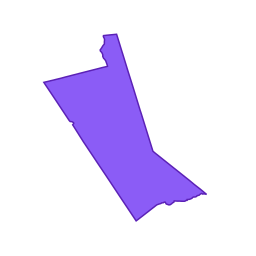 Pastos Bons, Maranhão, Brazil, rotated 285°
{"feature_id": "56859067B22481122312291", "entity_name": "Pastos Bons", "entity_type": "district", "adm_level": 2, "iso_a3": "BRA", "parent_name": "Brazil", "parent_adm1": "Maranhão", "projection": "equal_earth", "projection_center": [-44.164, -6.652], "detail": "fine", "context": "isolated", "style": "filled", "palette": "violet", "viewbox_px": 256, "rotation_deg": 285, "n_neighbors": 0, "source": "geoboundaries", "source_scale": "gbopen_adm2", "svg_char_len": 1545}
<svg xmlns="http://www.w3.org/2000/svg" viewBox="0 0 256 256"><g transform="rotate(285 128 128)"><path d="M84.2,221.1L87.8,213.3L89.3,209.7L90.8,206.2L93.4,200.6L94.8,197.3L110.6,161.1L111.5,159.2L112.0,158.1L145.6,136.9L148.3,135.1L169.2,122.0L183.5,112.9L198.2,103.7L199.9,102.6L201.0,101.9L213.6,94.0L215.6,92.7L212.2,83.7L210.9,80.4L210.0,80.5L209.3,81.0L208.4,81.9L207.3,82.5L204.9,82.9L203.9,83.2L203.0,83.4L202.1,83.0L201.3,82.6L199.8,82.1L199.1,82.0L198.1,81.6L196.9,81.2L196.2,80.9L195.2,81.4L194.4,82.7L193.4,83.8L192.3,84.6L191.4,84.9L190.6,85.1L189.0,86.4L188.4,87.5L187.7,88.4L187.1,89.1L185.1,90.5L183.2,91.8L182.2,92.2L179.6,87.3L177.6,83.8L171.5,72.9L164.3,60.1L163.2,58.2L161.2,54.6L158.8,50.5L150.3,34.9L149.2,36.1L147.8,37.7L147.2,38.4L135.2,52.1L134.3,53.1L128.2,60.0L120.6,68.6L120.0,69.3L119.3,70.4L119.4,71.3L119.6,72.3L119.1,74.0L118.2,74.4L116.8,73.7L103.3,88.3L101.9,89.9L89.7,103.8L87.3,106.5L85.9,108.1L83.9,110.4L83.2,111.2L73.5,122.3L58.3,139.5L40.4,159.9L42.3,161.4L55.1,171.1L61.2,175.7L62.5,177.5L63.5,179.2L64.4,180.0L64.9,181.4L65.7,182.1L66.0,183.1L64.5,184.6L64.3,187.5L64.9,188.7L66.2,189.8L67.4,190.5L68.0,191.4L68.7,191.5L69.5,191.5L69.7,192.4L70.0,193.9L70.3,195.1L70.7,196.5L70.9,197.7L71.3,199.4L71.7,201.0L72.1,202.0L72.9,202.6L73.4,203.8L74.2,203.6L74.6,204.8L75.1,206.0L76.0,207.2L76.7,208.0L77.5,208.3L78.3,209.1L78.6,210.3L79.1,211.3L79.7,212.0L80.6,212.3L81.4,214.0L82.8,214.9L83.9,216.2L83.5,217.3L84.0,218.2L84.2,219.6L84.2,221.1Z" fill="#8b5cf6" stroke="#5b21b6" stroke-width="1.5"/></g></svg>